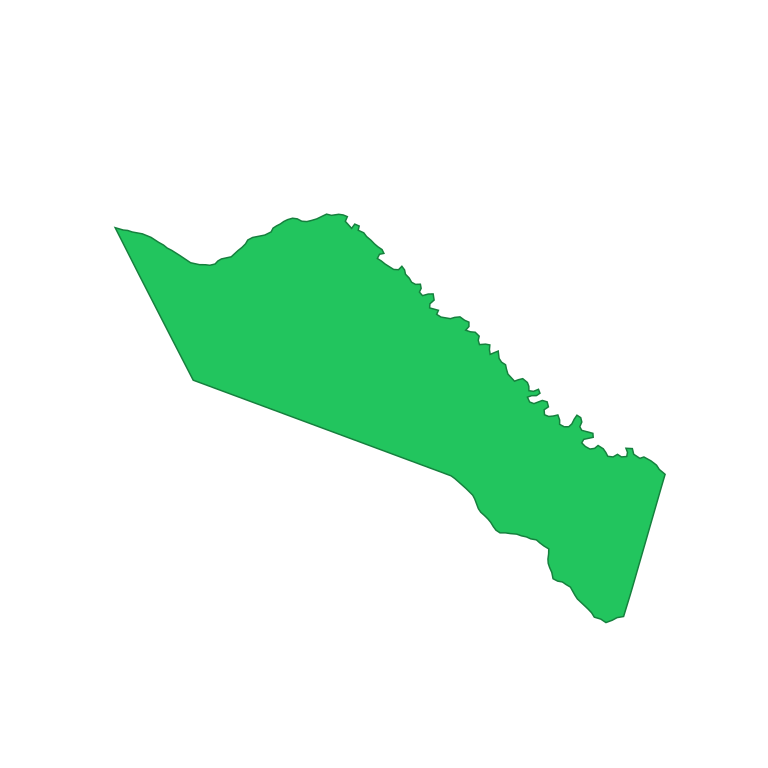 Nova Timboteua, Pará, Brazil, rotated 111°
{"feature_id": "56859067B79534795748726", "entity_name": "Nova Timboteua", "entity_type": "district", "adm_level": 2, "iso_a3": "BRA", "parent_name": "Brazil", "parent_adm1": "Pará", "projection": "robinson", "projection_center": [-47.412, -1.17], "detail": "fine", "context": "isolated", "style": "filled", "palette": "green", "viewbox_px": 768, "rotation_deg": 111, "n_neighbors": 0, "source": "geoboundaries", "source_scale": "gbopen_adm2", "svg_char_len": 2681}
<svg xmlns="http://www.w3.org/2000/svg" viewBox="0 0 768 768"><g transform="rotate(111 384 384)"><path d="M448.8,563.5L447.2,424.9L446.5,363.5L445.7,288.4L446.9,284.0L452.2,269.9L456.0,261.3L458.8,258.1L466.6,251.2L469.1,247.6L470.7,243.3L472.7,238.7L474.9,234.8L478.0,230.8L480.4,227.0L481.4,222.3L479.4,217.1L478.4,212.5L476.6,206.3L476.5,201.3L475.7,196.2L476.0,191.5L474.9,185.9L476.5,181.6L478.0,176.3L478.9,171.1L483.7,169.4L488.7,168.2L492.6,166.4L496.0,163.6L499.8,159.8L505.2,156.4L505.8,151.2L504.9,146.6L506.0,142.0L506.8,137.2L512.8,130.0L515.4,126.4L520.9,113.0L523.2,108.2L526.3,104.1L525.8,97.4L527.2,91.3L522.8,86.3L518.6,82.7L515.2,77.0L492.2,78.6L485.9,79.1L381.2,88.1L367.6,89.2L365.1,96.4L362.1,100.5L360.1,107.2L359.0,115.2L361.7,118.5L360.1,125.7L355.3,129.0L357.3,135.1L360.5,132.2L364.7,131.4L367.0,136.2L366.0,140.8L370.0,144.0L371.3,149.2L368.5,152.3L365.9,156.1L364.7,162.1L368.6,164.3L370.9,168.4L370.2,173.6L368.1,178.3L364.1,177.7L358.8,169.6L355.2,171.3L356.4,182.8L353.7,185.9L348.6,185.7L344.9,188.3L344.0,192.7L348.6,193.8L353.9,194.3L357.7,196.2L359.4,200.5L358.7,205.6L354.7,207.1L350.6,210.6L353.3,214.6L355.3,218.6L355.2,223.1L350.7,225.3L346.4,222.3L342.2,225.3L342.6,230.3L348.6,237.0L348.6,241.6L344.9,245.4L342.0,242.0L340.2,237.5L336.7,235.1L333.6,237.9L337.3,241.8L338.3,246.3L334.2,248.0L331.2,250.7L329.3,256.4L331.8,260.0L334.6,263.2L330.3,271.9L326.1,275.1L322.5,277.4L321.5,282.1L318.9,285.7L312.3,289.2L318.3,295.5L314.1,297.9L309.6,299.2L310.4,303.5L313.0,309.0L309.4,311.7L305.2,312.3L303.0,317.4L304.3,322.0L304.5,327.0L299.9,325.3L295.8,326.9L295.6,331.6L294.1,337.1L296.5,341.9L299.2,345.4L301.1,354.8L300.1,359.8L295.7,359.6L296.6,368.7L292.7,369.9L287.7,367.3L282.3,370.4L284.2,375.0L287.7,379.7L285.5,383.9L281.4,383.6L277.8,385.8L279.7,390.3L279.1,394.7L276.1,398.4L273.8,403.3L270.1,405.7L267.7,409.5L272.1,411.4L273.6,416.0L271.6,426.0L270.1,430.6L269.2,435.2L264.5,434.7L262.1,430.9L259.2,434.0L258.1,438.8L256.6,443.1L254.5,447.6L252.6,453.1L250.1,457.1L249.7,463.2L245.4,463.8L245.2,468.6L250.3,470.0L246.0,478.4L240.9,478.2L240.8,482.7L241.8,487.1L245.4,493.5L246.0,498.5L254.0,506.0L257.3,510.3L260.0,514.2L261.5,519.1L260.9,524.2L262.0,528.8L265.1,532.9L268.2,535.8L271.7,538.1L274.9,541.0L278.2,543.4L282.5,543.9L287.7,548.7L294.3,559.2L298.4,562.8L302.8,563.5L307.3,565.5L311.7,568.1L320.0,572.2L325.5,580.6L328.7,583.2L332.5,584.7L335.6,589.2L336.7,593.6L338.7,598.9L340.1,608.0L337.2,620.7L335.3,630.2L334.8,635.1L333.3,639.6L332.5,645.2L330.6,654.0L330.4,663.4L332.3,673.5L332.5,678.3L333.7,682.6L334.4,691.0L369.4,652.3L414.9,601.5L448.8,563.5Z" fill="#22c55e" stroke="#15803d" stroke-width="1.5"/></g></svg>